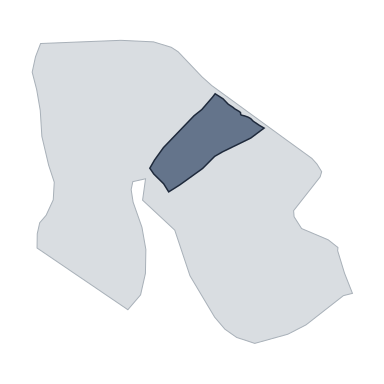 Balha, Tadjourah, Djibouti (highlighted), rotated 92°
{"feature_id": "41766387B97155389424645", "entity_name": "Balha", "entity_type": "district", "adm_level": 2, "iso_a3": "DJI", "parent_name": "Djibouti", "parent_adm1": "Tadjourah", "projection": "orthographic", "projection_center": [42.238, 11.898], "detail": "fine", "context": "in_parent", "style": "filled", "palette": "slate", "viewbox_px": 384, "rotation_deg": 92, "n_neighbors": 0, "source": "geoboundaries", "source_scale": "gbopen_adm2", "svg_char_len": 1269}
<svg xmlns="http://www.w3.org/2000/svg" viewBox="0 0 384 384"><g transform="rotate(92 192 192)"><path d="M311.9,252.0L296.2,276.9L276.2,308.7L253.4,344.9L239.1,345.2L228.0,343.1L220.4,337.0L204.7,330.4L187.0,330.0L170.2,336.2L141.6,344.0L115.8,346.5L95.1,350.8L77.8,355.9L62.3,353.1L48.9,348.5L46.0,310.1L42.9,268.4L43.3,235.7L48.1,217.8L52.3,210.8L76.6,186.0L85.0,175.9L112.8,134.8L136.6,99.6L154.3,73.3L159.7,68.1L167.2,63.1L172.5,64.5L207.1,89.8L213.2,89.1L224.7,81.2L235.1,54.1L242.4,44.2L245.6,44.4L267.7,36.8L287.7,28.1L290.3,37.1L320.8,73.4L330.8,91.3L341.1,124.0L335.8,142.3L328.0,154.3L316.3,165.0L275.8,191.1L230.7,207.9L201.9,241.1L180.4,238.9L183.7,251.5L191.7,252.9L204.2,250.5L229.0,240.8L251.1,236.1L275.0,235.7L296.6,239.8L311.9,252.0Z" fill="#d9dde1" stroke="#a8b0b8" stroke-width="1"/><path d="M125.6,122.2L123.1,126.9L119.2,133.2L116.6,135.9L115.2,138.6L114.6,140.5L114.1,142.1L113.4,145.5L112.7,146.1L111.2,146.2L110.1,147.2L107.2,152.5L106.3,153.5L103.1,158.7L102.6,159.3L97.8,164.2L93.2,172.0L93.0,172.3L96.5,174.8L109.3,185.1L115.7,192.6L148.5,222.0L161.4,230.6L169.7,235.0L175.4,230.8L184.8,220.6L192.7,215.3L185.2,204.3L168.1,182.2L155.6,170.6L150.8,162.9L136.0,135.1L125.6,122.2Z" fill="#64748b" stroke="#1e293b" stroke-width="1.5"/></g></svg>